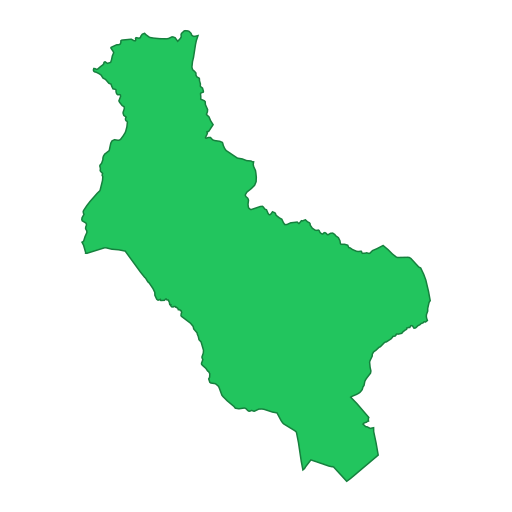 Bac Ai, Ninh Thuận, Vietnam
{"feature_id": "81297802B54055270393742", "entity_name": "Bac Ai", "entity_type": "district", "adm_level": 2, "iso_a3": "VNM", "parent_name": "Vietnam", "parent_adm1": "Ninh Thuận", "projection": "mercator", "projection_center": [108.819, 11.911], "detail": "fine", "context": "isolated", "style": "filled", "palette": "green", "viewbox_px": 512, "rotation_deg": 0, "n_neighbors": 0, "source": "geoboundaries", "source_scale": "gbopen_adm2", "svg_char_len": 5988}
<svg xmlns="http://www.w3.org/2000/svg" viewBox="0 0 512 512"><path d="M198.0,35.6L195.6,36.2L193.6,36.4L191.8,35.3L191.0,33.3L189.0,31.3L187.7,30.9L185.3,30.7L184.2,30.9L181.6,33.3L181.1,34.3L181.2,36.9L180.4,38.4L177.7,41.3L175.1,37.7L172.9,36.9L171.9,36.9L168.5,38.5L166.7,38.8L160.1,38.7L153.6,38.1L149.6,37.4L145.8,34.6L144.6,33.3L142.3,34.2L140.9,36.1L140.3,37.7L138.8,38.2L136.5,37.7L136.0,37.7L135.5,38.4L135.8,40.0L135.3,40.8L134.0,40.7L131.3,39.2L121.9,40.1L120.9,40.7L120.8,42.8L120.2,44.1L118.9,44.7L116.6,44.8L111.2,47.3L110.9,47.8L111.0,48.2L113.2,51.5L113.7,52.7L112.3,56.0L111.5,59.9L110.8,62.0L110.3,62.5L107.4,63.4L105.1,61.8L104.7,61.9L104.0,62.4L103.8,63.7L102.7,65.0L100.5,66.6L97.5,69.2L96.5,69.4L95.0,68.6L93.8,68.5L93.4,70.0L93.7,71.1L94.5,71.8L96.4,72.3L99.3,73.8L101.1,75.1L103.0,78.1L105.5,79.4L108.9,83.3L111.0,84.1L111.7,86.2L113.0,88.9L114.9,89.2L115.7,89.6L116.1,90.2L116.0,91.3L116.3,92.9L117.0,94.2L117.9,94.8L119.4,94.6L120.4,94.9L120.6,96.4L118.9,100.9L119.6,102.3L122.2,105.6L124.1,106.7L124.3,108.7L123.1,112.3L123.1,113.3L123.8,115.4L126.1,117.1L125.5,118.5L125.5,119.6L126.0,120.7L126.9,121.2L127.4,122.0L126.9,126.7L125.8,131.0L125.2,132.6L123.1,136.0L120.6,139.3L119.5,140.1L118.1,140.3L114.5,139.7L112.0,140.9L110.8,143.1L109.2,150.6L104.7,154.1L103.4,156.2L102.9,158.1L102.9,159.6L101.6,163.3L100.2,164.9L99.8,165.9L100.4,168.5L100.2,170.7L100.8,171.6L102.6,173.4L102.1,175.2L102.8,176.7L102.5,180.5L100.0,190.6L97.2,193.3L90.0,201.5L86.7,205.8L83.6,210.5L83.2,211.5L83.4,213.1L84.0,214.3L82.1,217.6L81.8,219.5L82.2,220.8L85.2,222.6L86.1,223.3L86.4,224.0L86.4,225.3L85.7,227.1L85.6,228.7L86.8,230.9L86.9,232.5L85.0,236.7L83.7,240.9L83.0,241.7L82.0,242.2L83.6,245.3L85.7,252.7L85.6,253.2L86.9,253.3L104.5,247.8L106.1,247.8L111.7,249.2L118.8,249.8L125.2,251.1L140.7,272.4L144.8,277.5L145.4,277.8L147.9,281.9L149.2,283.0L153.0,288.6L154.8,292.4L154.9,295.3L156.7,299.2L157.9,300.1L158.4,300.1L160.4,299.4L160.6,300.4L161.0,300.5L164.5,300.3L165.4,299.2L166.1,298.9L166.9,299.9L168.1,299.9L169.3,302.1L169.7,304.3L170.7,304.6L170.3,305.1L171.6,306.8L173.1,307.0L173.9,306.5L175.4,306.6L175.7,307.2L176.4,307.2L176.9,307.8L177.4,307.9L178.0,308.7L178.3,309.7L179.6,309.7L180.4,310.2L180.4,310.5L181.0,310.6L181.7,312.4L181.2,313.6L181.0,315.6L181.4,316.3L190.5,323.2L193.2,326.5L193.7,328.9L197.2,333.0L197.2,333.8L198.3,336.5L199.0,339.7L201.1,342.0L203.5,350.3L203.3,353.1L202.0,356.8L202.0,357.6L202.8,359.7L201.5,363.3L201.6,364.3L202.5,365.4L205.8,368.3L207.7,371.1L208.5,371.4L209.8,373.8L209.6,377.3L208.7,378.9L209.8,382.3L210.8,383.0L215.4,383.7L218.1,385.9L219.0,387.3L221.9,395.2L223.1,396.7L227.3,400.9L233.9,406.4L235.3,408.2L238.9,408.8L244.5,408.0L245.9,408.6L247.9,410.6L248.7,411.1L249.7,411.2L251.7,410.4L253.5,411.1L254.4,411.2L258.8,409.1L261.9,409.0L264.0,409.3L272.6,412.1L277.0,412.9L281.1,420.6L282.6,422.8L283.7,423.9L294.8,430.7L296.2,431.9L296.5,432.6L298.5,442.8L301.2,461.0L302.9,469.9L304.5,468.6L305.7,466.6L310.9,459.9L329.0,466.1L332.3,466.8L332.7,466.6L333.7,467.1L346.7,481.3L350.4,478.6L378.2,455.1L376.1,443.1L373.7,431.7L373.6,427.7L370.2,428.4L367.1,426.8L365.7,426.7L363.0,424.1L364.2,422.9L366.5,422.2L367.7,421.1L368.5,421.1L368.3,418.8L368.8,417.5L357.0,403.7L350.7,397.2L352.3,396.2L356.6,394.4L358.6,393.3L359.9,392.4L361.3,390.8L362.2,389.6L363.0,386.9L364.0,385.5L364.8,381.4L365.7,379.6L367.0,377.7L370.5,373.2L370.9,371.0L370.1,367.3L369.6,362.2L369.9,360.9L372.2,356.1L372.3,354.1L373.7,351.8L376.0,350.2L379.1,347.2L379.9,347.0L380.8,346.3L384.3,342.7L385.6,341.9L386.4,341.9L391.1,338.8L392.5,337.2L392.7,336.5L395.2,336.0L395.9,335.3L396.0,334.6L396.6,334.0L398.4,334.1L401.8,333.3L402.7,332.1L405.0,330.2L406.6,329.3L406.9,327.9L407.9,327.8L408.4,327.5L409.8,327.5L410.7,325.8L411.2,325.6L412.5,325.9L414.0,328.2L415.3,328.0L416.1,327.5L417.9,325.7L419.9,324.7L421.0,323.6L423.1,322.8L424.2,321.7L425.5,322.0L427.4,320.5L426.6,318.2L426.3,316.1L426.5,314.4L427.7,311.1L427.7,308.4L429.1,302.3L430.2,300.7L428.5,291.4L425.8,280.0L423.7,274.3L420.7,268.0L418.7,267.0L410.9,258.5L409.3,257.5L407.7,257.3L397.5,257.5L396.3,257.1L392.4,254.0L388.0,249.6L383.1,245.5L376.9,248.7L372.5,250.6L369.8,253.3L368.7,253.4L366.6,252.8L365.2,253.2L362.5,253.3L361.8,252.7L361.5,251.5L361.2,251.2L358.3,251.5L356.6,251.3L352.4,249.5L350.1,247.9L348.8,247.6L347.7,245.2L344.7,244.3L341.0,244.3L340.4,243.5L339.9,240.7L338.4,237.7L335.6,235.7L334.8,234.5L332.7,233.1L330.5,233.3L328.0,234.8L327.2,234.6L326.4,233.5L324.9,232.6L324.1,232.7L322.8,234.0L322.3,234.0L320.7,233.2L319.8,232.1L319.2,230.7L318.5,230.1L316.5,230.4L315.2,230.2L312.3,228.2L310.3,225.3L310.0,223.5L309.3,222.7L307.5,221.8L305.4,219.8L302.5,220.9L301.4,220.7L299.1,223.5L298.7,223.5L297.3,222.1L296.9,222.1L290.7,222.8L287.0,224.5L284.8,224.6L283.4,222.6L281.8,219.2L279.4,217.9L276.1,215.3L275.3,213.2L274.6,212.7L272.5,211.8L270.8,214.1L270.0,214.7L269.5,214.8L268.8,214.4L268.1,213.5L266.5,209.8L264.8,209.1L263.4,207.1L262.4,206.3L260.3,206.5L251.4,209.5L250.5,209.5L248.9,208.2L248.4,207.3L248.0,204.3L248.5,200.3L248.2,199.2L247.6,198.1L245.9,196.6L245.3,195.3L245.5,194.4L246.9,192.1L251.4,188.5L254.6,185.3L256.1,181.7L256.3,177.3L255.9,173.3L255.5,170.6L253.7,166.7L253.2,164.5L253.6,161.8L252.4,161.8L251.0,161.0L246.6,160.6L242.2,158.9L237.4,158.1L226.1,150.5L224.6,148.4L223.3,145.5L222.7,143.1L222.3,142.4L219.8,141.3L215.0,140.6L213.4,140.2L212.3,139.5L210.5,137.5L208.2,137.5L206.5,138.2L205.6,138.0L205.5,137.5L207.3,133.6L207.3,133.0L206.9,132.0L207.0,131.7L208.6,131.5L213.1,124.7L210.6,120.7L209.0,116.9L206.6,114.6L206.5,114.2L207.4,111.8L207.6,109.6L205.4,104.6L205.2,101.7L204.4,100.8L200.7,99.1L200.8,96.9L200.5,93.7L201.1,92.9L203.3,92.1L203.4,91.2L202.5,88.1L200.6,86.6L200.3,86.1L200.4,83.9L199.5,80.8L199.4,78.7L199.1,78.1L197.0,77.0L196.0,75.3L195.9,73.0L194.5,71.3L192.9,70.0L192.5,69.3L191.9,67.1L192.5,61.6L193.5,57.4L195.5,44.5L196.3,40.7L198.0,35.6Z" fill="#22c55e" stroke="#15803d" stroke-width="1.5"/></svg>